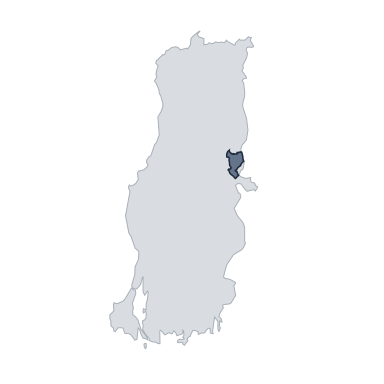 Gaziantep highlighted on a map of Turkey, rotated 278°
{"feature_id": "TUR-3016", "entity_name": "Gaziantep", "entity_type": "Province", "adm_level": 1, "iso_a3": "TUR", "parent_name": "Turkey", "parent_adm1": "", "projection": "robinson", "projection_center": [37.547, 37.105], "detail": "fine", "context": "in_parent", "style": "filled", "palette": "slate", "viewbox_px": 384, "rotation_deg": 278, "n_neighbors": 0, "source": "natural_earth", "source_scale": "10m", "svg_char_len": 4949}
<svg xmlns="http://www.w3.org/2000/svg" viewBox="0 0 384 384"><g transform="rotate(278 192 192)"><path d="M296.3,139.4L301.5,141.2L303.2,139.9L308.0,140.1L312.2,141.0L314.5,138.2L317.6,138.5L318.1,140.0L319.6,140.5L324.1,144.1L323.6,144.6L324.7,145.9L328.5,146.8L329.0,148.7L332.0,151.5L333.6,155.7L332.8,158.7L331.2,160.6L333.7,167.0L333.0,167.9L337.7,170.0L343.5,169.6L345.4,170.5L351.2,175.7L352.7,177.7L348.7,175.2L346.6,177.3L345.6,182.4L339.4,183.3L340.4,186.6L342.1,188.1L341.6,191.2L342.1,192.4L343.9,194.4L343.7,197.2L344.5,200.2L344.6,203.7L347.2,204.8L346.0,206.4L343.3,213.5L343.5,214.1L345.5,214.3L349.9,217.6L349.1,218.7L349.8,223.3L353.6,226.3L353.0,227.8L353.2,229.3L350.4,228.6L345.0,232.7L344.4,232.6L343.6,231.2L343.3,227.1L342.0,226.0L340.3,225.8L337.3,227.6L334.6,227.6L331.8,227.2L324.6,224.7L321.9,225.6L319.1,224.6L313.8,229.6L312.2,230.0L311.3,227.5L309.4,226.1L307.0,228.0L297.8,230.4L293.5,230.8L288.3,230.0L284.0,230.2L272.3,235.8L261.0,238.8L251.0,238.6L245.4,235.1L241.1,234.3L228.2,239.6L221.9,239.4L219.8,237.2L215.0,236.3L213.9,238.4L212.9,243.4L214.5,248.0L211.8,248.3L210.1,249.3L209.6,252.8L207.1,254.1L206.2,256.3L205.8,256.3L201.8,254.6L202.9,252.9L200.4,246.5L201.7,244.5L206.9,239.3L206.8,236.2L204.6,234.1L197.9,237.9L197.3,239.4L195.8,240.6L193.3,241.0L181.6,236.0L174.6,240.4L168.7,246.8L164.2,249.1L151.0,250.9L148.7,252.1L144.3,250.8L141.6,249.1L135.7,241.8L124.4,236.4L112.3,235.0L111.2,236.4L110.7,242.0L108.6,247.3L107.6,247.8L105.0,246.5L95.6,249.6L87.7,246.2L86.4,244.7L84.8,238.6L83.6,238.1L82.3,239.0L81.0,238.9L75.4,236.3L72.3,236.1L70.4,238.7L67.3,239.8L67.3,239.0L68.5,237.4L63.7,237.7L61.2,239.0L57.7,238.2L58.0,237.5L60.8,236.6L67.3,235.7L71.4,231.7L56.2,231.8L54.7,232.7L54.6,230.6L55.4,229.6L59.5,228.9L59.3,227.1L56.9,225.2L54.3,224.2L53.2,219.8L51.9,218.7L52.1,218.1L54.6,217.3L55.3,214.1L55.0,212.1L50.1,210.4L49.0,210.5L47.9,208.8L45.8,207.6L44.1,208.6L39.2,205.9L40.2,204.0L41.4,204.1L41.7,202.6L40.9,200.1L41.0,198.8L42.1,198.4L43.3,198.7L44.5,200.2L44.5,203.0L45.8,204.7L46.8,203.0L49.0,204.0L53.1,203.1L53.9,202.3L50.9,202.4L49.9,201.7L47.6,197.0L50.1,195.7L52.0,193.4L48.7,191.9L49.5,188.7L46.7,185.0L50.8,180.4L50.6,179.7L49.4,179.5L37.3,181.4L37.2,179.3L38.1,177.5L38.2,173.1L38.9,170.7L41.1,169.9L44.0,166.4L48.7,162.3L53.3,162.3L55.2,161.2L57.9,161.1L58.6,162.8L61.0,163.9L65.2,163.7L67.3,162.6L65.4,160.6L67.8,160.0L69.8,160.4L68.6,162.7L69.2,162.9L74.7,162.2L80.4,162.8L86.7,162.5L87.6,161.8L83.2,159.5L86.1,157.6L87.7,157.2L101.1,155.4L101.1,154.9L93.1,153.9L89.0,151.3L87.9,149.9L88.8,146.4L89.8,145.5L92.7,145.4L102.6,146.9L109.7,146.0L117.5,148.3L124.9,147.8L126.5,146.8L128.4,143.5L139.1,138.0L142.8,135.1L159.2,129.5L183.6,130.5L187.9,128.3L190.3,129.0L189.6,130.5L189.8,131.8L192.6,135.1L197.0,137.1L203.0,135.4L205.2,136.1L207.3,141.3L211.1,144.4L212.8,144.7L215.1,142.8L217.3,142.6L220.9,144.4L222.1,146.2L233.8,148.4L236.2,150.0L244.1,151.6L261.6,147.8L268.0,150.4L273.3,151.2L275.6,150.8L282.6,147.8L284.8,146.1L289.2,144.7L294.7,141.4L296.3,139.4ZM71.5,130.2L70.9,132.5L71.9,135.1L74.2,138.7L76.6,140.5L88.2,145.3L86.4,149.8L83.4,150.5L73.3,148.4L69.1,150.2L66.2,149.7L62.0,150.6L60.7,153.3L57.7,156.4L49.3,160.3L41.5,167.9L39.3,168.9L40.4,166.3L40.4,164.0L43.8,161.4L48.5,159.3L49.8,157.6L38.3,158.0L37.3,155.6L38.5,155.1L42.4,150.9L42.9,149.3L42.7,145.1L47.4,142.8L47.8,141.8L47.3,137.7L43.0,135.4L43.2,134.2L46.3,133.1L48.2,130.3L52.7,129.7L54.9,128.4L58.8,127.7L63.4,131.2L69.2,129.9L71.5,130.2ZM35.5,167.7L31.6,168.3L30.4,167.7L31.7,166.4L34.7,165.6L35.6,166.8L35.5,167.7Z" fill="#d9dde1" stroke="#a8b0b8" stroke-width="1"/><path d="M238.3,235.7L238.0,235.8L237.5,236.0L234.8,237.2L232.0,237.8L230.9,238.2L229.7,239.0L228.3,237.7L226.7,236.9L225.4,236.2L224.9,236.5L224.2,235.7L222.8,234.3L221.5,233.5L220.3,233.2L219.8,232.1L219.2,231.8L218.7,232.2L218.5,233.6L217.3,234.3L215.9,235.0L215.0,235.8L214.8,235.6L214.6,235.6L214.3,235.4L214.2,235.0L213.9,234.7L212.6,234.1L211.4,233.1L211.9,232.3L212.5,231.7L213.7,230.3L214.6,228.5L215.3,227.5L216.1,226.7L218.1,225.8L218.9,224.7L219.8,225.2L220.2,227.0L221.5,227.4L223.1,225.9L224.1,225.4L226.2,225.1L228.5,224.3L229.5,224.2L230.6,224.2L231.3,223.7L231.5,222.8L231.4,222.2L231.5,221.6L233.3,221.2L235.2,221.2L237.2,221.9L238.5,223.1L238.2,223.1L237.9,223.1L237.7,223.1L237.4,223.3L236.6,224.2L236.1,224.8L235.9,225.0L235.8,225.6L235.7,225.6L235.4,225.8L235.3,226.0L235.1,226.7L235.4,226.9L235.6,227.1L235.7,227.4L235.7,227.9L235.5,227.6L235.3,227.6L235.2,227.7L235.1,228.1L235.2,228.4L235.3,228.7L235.6,229.1L235.7,229.4L235.7,229.6L235.7,230.1L235.6,230.7L235.6,230.9L235.8,231.1L236.0,231.0L236.4,231.3L236.5,231.4L237.1,231.2L237.3,231.1L237.5,231.2L237.5,231.5L237.2,232.0L237.2,232.3L237.3,232.5L237.5,232.7L238.0,233.1L238.1,233.3L238.1,233.8L238.1,234.0L238.5,234.5L238.4,234.8L238.2,234.9L238.2,235.2L238.2,235.5L238.3,235.6L238.3,235.7Z" fill="#64748b" stroke="#1e293b" stroke-width="1.5"/></g></svg>